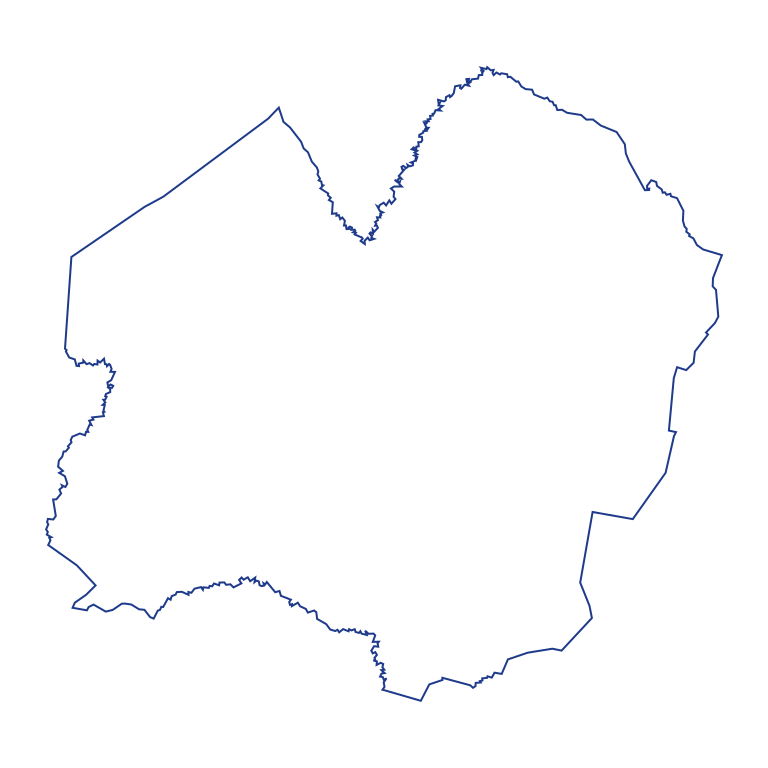 outline of Villaguay, Entre Ríos, Argentina
{"feature_id": "61730980B76391862557900", "entity_name": "Villaguay", "entity_type": "district", "adm_level": 2, "iso_a3": "ARG", "parent_name": "Argentina", "parent_adm1": "Entre Ríos", "projection": "robinson", "projection_center": [-59.127, -31.648], "detail": "fine", "context": "isolated", "style": "outline", "palette": "blue", "viewbox_px": 768, "rotation_deg": 0, "n_neighbors": 0, "source": "geoboundaries", "source_scale": "gbopen_adm2", "svg_char_len": 6008}
<svg xmlns="http://www.w3.org/2000/svg" viewBox="0 0 768 768"><path d="M48.2,545.0L76.8,565.3L95.6,585.4L86.1,594.8L74.8,602.7L72.6,607.8L86.9,610.3L88.7,607.0L93.5,604.6L105.8,611.6L112.7,609.9L121.8,603.7L125.1,603.6L131.3,604.5L139.1,609.3L144.4,609.8L150.1,617.1L153.7,618.6L157.8,610.6L160.0,609.9L161.3,606.8L163.2,607.0L168.0,598.2L170.6,599.7L171.7,596.1L175.6,594.6L176.8,592.1L181.8,591.8L188.5,594.8L188.4,592.0L191.4,592.8L194.5,588.7L201.0,587.1L202.9,589.8L203.4,587.3L208.8,587.9L209.6,585.9L212.2,586.3L214.0,583.5L219.1,585.3L219.5,582.6L224.3,582.4L226.1,584.8L230.4,584.3L233.5,587.4L241.4,583.4L239.1,579.9L241.6,577.5L243.6,579.7L247.8,577.3L250.2,581.2L255.2,577.6L254.5,582.2L256.4,580.6L258.8,581.4L259.6,585.2L261.6,586.1L264.0,585.6L263.5,583.2L265.2,584.4L266.8,582.0L275.2,592.2L279.5,591.0L280.9,595.8L290.9,599.7L289.2,602.0L290.0,604.9L292.0,604.2L291.9,606.1L297.8,602.7L300.2,606.3L305.8,608.9L307.9,612.6L314.1,610.5L316.3,612.2L317.1,618.9L326.2,624.1L330.2,629.5L335.2,631.0L337.5,629.8L339.2,632.3L343.1,629.1L348.6,631.3L349.1,629.2L351.5,630.4L354.7,629.2L355.6,632.0L359.0,632.9L360.4,631.2L361.5,633.6L366.8,635.0L365.2,630.7L368.6,633.8L373.5,633.6L375.2,635.4L372.8,641.9L378.8,641.7L377.6,643.4L378.2,646.7L374.1,646.2L371.3,650.7L372.8,653.4L375.3,652.1L376.9,654.9L374.5,657.9L375.3,660.1L373.3,660.4L376.9,661.4L376.6,664.9L380.7,662.8L383.2,664.0L382.4,667.2L384.3,669.7L381.4,670.1L384.6,673.1L381.5,673.6L380.1,676.6L382.7,677.0L383.8,679.7L386.5,678.4L383.7,682.3L384.5,686.9L382.5,689.7L420.8,700.8L429.3,684.4L442.4,680.0L442.4,677.8L470.3,685.3L473.0,687.8L475.5,686.1L475.7,682.9L480.7,682.5L479.9,681.1L482.4,680.5L482.2,678.4L487.1,677.8L487.5,676.3L491.8,677.6L494.5,672.7L501.7,673.9L507.9,659.4L527.7,652.7L552.4,648.7L561.6,650.6L591.9,618.0L589.5,605.8L580.2,582.6L592.6,512.0L632.8,519.1L665.6,472.8L674.0,436.0L676.0,432.1L668.9,430.6L673.8,378.1L677.1,367.2L686.2,370.1L693.6,362.8L694.9,351.5L708.0,334.5L706.0,332.5L714.8,323.2L718.3,316.7L716.0,289.9L712.7,286.4L713.0,278.1L721.9,255.1L703.2,249.5L696.9,245.0L693.4,238.4L689.1,236.0L689.7,234.4L686.3,231.7L686.7,228.9L684.5,226.4L682.9,220.5L683.4,210.8L677.0,198.1L671.0,196.3L670.4,193.8L666.6,194.8L664.9,192.3L662.7,192.7L661.8,189.5L657.0,185.9L656.2,182.0L651.3,180.2L647.0,185.9L647.2,188.7L649.3,188.6L649.1,190.0L644.9,190.2L629.1,161.5L625.9,153.6L624.8,144.2L616.6,132.0L600.9,125.6L592.9,119.5L586.4,119.6L581.1,115.0L567.1,112.8L562.1,109.8L557.3,110.0L555.7,105.2L554.1,105.3L552.6,101.8L549.7,101.2L547.3,97.6L544.3,98.7L534.0,94.4L532.1,89.7L525.6,89.1L521.4,86.5L518.2,81.4L516.3,81.7L510.4,76.8L507.9,77.2L507.1,74.2L501.2,73.3L500.0,74.5L496.4,72.5L493.7,75.1L492.5,72.9L493.6,69.9L490.8,70.3L487.2,67.2L486.5,69.1L481.0,67.8L482.6,70.0L480.4,70.4L483.4,71.2L482.3,72.5L483.2,73.1L482.2,73.0L482.2,75.0L478.8,75.1L478.0,78.6L471.9,79.3L470.6,81.5L468.4,81.0L469.0,78.9L466.4,79.1L467.0,82.3L469.4,82.8L467.7,83.8L469.0,85.7L464.8,84.7L461.3,88.7L460.1,88.1L460.4,85.3L455.1,86.3L453.7,93.3L451.7,95.9L450.1,97.1L449.5,95.2L446.0,97.1L445.7,100.4L443.9,101.4L438.1,99.8L438.6,103.5L439.8,102.9L438.5,105.4L442.6,106.0L438.6,109.0L440.5,110.5L435.5,110.2L434.2,113.6L432.6,113.8L432.9,115.5L430.1,115.9L430.5,119.0L427.7,119.4L428.7,121.2L426.3,121.3L427.3,121.9L426.4,123.5L424.1,122.6L426.4,127.6L428.6,127.8L427.5,129.3L425.9,128.1L425.0,129.3L426.4,130.8L423.3,131.2L423.2,132.7L419.3,134.9L419.2,136.9L421.9,136.9L422.3,140.2L421.1,142.1L418.3,142.2L418.7,146.3L416.4,146.6L416.3,149.1L413.6,147.4L411.7,149.3L417.1,150.9L414.5,152.6L417.3,154.4L414.3,155.5L417.3,157.0L416.4,159.5L415.8,158.0L415.2,160.9L410.9,162.5L413.0,163.5L412.9,165.4L409.9,166.3L407.6,164.9L408.2,166.5L406.3,168.0L403.2,165.9L401.5,166.9L402.4,169.6L404.4,169.5L398.8,176.0L401.5,178.7L398.5,178.6L397.5,181.0L394.7,179.9L397.7,182.4L400.0,181.4L399.2,183.9L401.7,186.5L394.2,186.5L390.9,188.5L394.2,191.6L393.6,196.8L395.5,199.1L391.4,203.7L389.3,200.4L386.1,205.4L383.7,202.7L379.7,205.1L378.9,207.3L377.3,206.3L379.8,210.9L382.9,212.4L380.3,213.4L380.3,215.3L381.9,215.0L380.0,216.0L380.3,217.5L377.0,217.3L377.9,220.2L375.0,222.0L376.2,223.5L375.1,225.7L376.8,225.5L377.9,227.8L374.3,231.7L372.7,229.7L373.0,233.6L370.5,232.4L369.5,233.6L371.4,235.8L372.4,234.9L371.3,237.9L374.0,238.9L369.6,240.3L367.8,237.6L364.6,240.8L364.8,244.0L360.6,241.0L362.7,238.7L361.9,237.5L354.7,234.5L355.8,232.9L353.2,232.3L355.3,230.9L354.7,229.7L351.4,229.8L352.0,227.6L350.0,226.6L348.6,227.4L349.5,228.9L346.5,229.1L345.9,225.4L344.0,225.5L344.9,220.8L342.3,217.5L340.2,219.2L338.8,215.1L336.4,215.7L336.5,213.3L332.0,213.8L332.8,202.2L328.9,200.0L330.7,197.8L327.9,195.3L328.2,193.5L320.4,188.4L323.3,185.4L322.0,185.1L321.3,181.5L318.7,180.4L320.0,178.7L317.5,174.4L318.3,171.5L316.9,167.5L311.8,161.6L308.0,152.3L303.7,148.5L301.1,141.8L290.0,127.4L283.5,121.9L278.8,107.6L268.1,118.7L163.3,196.7L144.7,206.8L71.4,257.0L65.0,348.7L66.6,350.2L65.9,351.5L69.2,357.5L74.8,359.4L76.5,365.8L79.0,366.1L78.7,363.6L83.2,362.7L83.3,360.4L86.6,364.2L89.5,363.1L93.0,365.5L94.2,364.0L97.4,364.5L97.6,360.6L100.1,362.5L104.0,358.7L105.0,364.1L106.6,364.3L107.0,366.2L109.1,364.0L110.1,364.8L111.6,368.9L110.4,371.8L115.0,371.9L111.2,380.2L107.4,382.4L108.2,386.7L110.5,384.5L113.2,385.8L112.1,387.8L108.9,388.0L110.2,389.0L110.2,392.1L105.9,394.0L105.2,396.2L106.6,396.7L105.2,399.6L103.4,399.8L105.3,402.5L102.7,404.9L104.8,405.1L103.5,410.3L104.4,411.8L102.9,412.2L103.9,416.1L92.2,417.4L93.4,419.6L89.2,420.7L91.4,425.0L89.7,424.5L87.3,429.9L88.3,431.9L86.0,431.9L85.1,435.3L79.9,433.5L72.3,436.7L70.7,440.1L71.5,442.3L67.9,446.3L68.9,447.7L65.7,451.4L63.6,451.5L62.3,456.6L58.9,460.6L58.1,466.7L62.9,470.9L59.2,472.9L64.9,476.2L67.3,483.7L65.4,487.0L61.9,485.3L62.6,486.9L59.4,489.6L61.1,493.5L56.4,499.3L53.1,499.5L55.8,516.0L53.3,519.5L47.9,518.9L47.1,522.3L48.3,524.4L46.1,529.3L47.8,532.0L46.8,534.6L51.3,537.2L49.3,537.8L50.4,540.4L48.2,545.0Z" fill="none" stroke="#1e3a8a" stroke-width="2"/></svg>